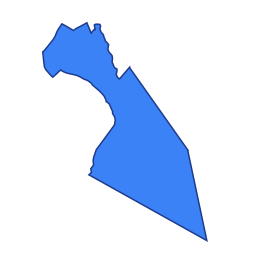 outline of New Development, Soufrière, Saint Lucia, rotated 100°
{"feature_id": "8701671B90589302469982", "entity_name": "New Development", "entity_type": "district", "adm_level": 2, "iso_a3": "LCA", "parent_name": "Saint Lucia", "parent_adm1": "Soufrière", "projection": "natural_earth1", "projection_center": [-61.052, 13.862], "detail": "fine", "context": "isolated", "style": "filled", "palette": "blue", "viewbox_px": 256, "rotation_deg": 100, "n_neighbors": 0, "source": "geoboundaries", "source_scale": "gbopen_adm2", "svg_char_len": 1577}
<svg xmlns="http://www.w3.org/2000/svg" viewBox="0 0 256 256"><g transform="rotate(100 128 128)"><path d="M139.7,64.9L68.8,136.4L67.7,136.9L81.2,144.9L79.8,147.3L77.5,148.8L75.6,148.8L72.9,148.8L71.6,149.4L71.4,150.8L70.5,152.1L68.5,153.4L65.7,155.1L61.9,155.4L61.0,155.7L59.3,156.4L57.2,159.0L56.5,159.9L55.7,160.4L54.1,161.5L50.1,161.6L49.1,161.6L48.1,162.9L45.9,165.6L44.8,166.0L44.4,166.2L43.0,167.3L40.5,168.4L38.6,170.8L37.6,171.6L35.3,172.9L34.0,172.8L32.5,172.7L32.0,172.9L31.6,173.0L30.8,174.0L31.1,176.1L31.2,177.5L32.2,179.0L32.5,179.0L33.7,178.6L34.5,178.3L36.8,177.5L36.7,178.3L37.6,178.9L41.0,180.8L38.3,182.4L36.2,183.8L35.7,184.1L32.8,186.0L31.5,186.8L33.5,189.2L35.7,192.0L39.1,196.5L40.3,197.6L41.1,198.4L41.4,198.7L39.1,204.8L38.5,206.5L36.9,211.1L37.0,211.2L37.6,211.5L39.9,212.5L42.8,213.8L45.6,214.7L46.0,214.8L48.7,215.4L49.7,215.5L53.5,216.9L60.2,220.5L66.4,224.0L66.9,224.4L67.9,225.2L68.2,225.1L76.9,222.6L81.9,221.1L84.2,219.5L84.5,219.4L87.4,215.9L87.6,215.7L89.4,213.4L90.1,212.5L91.0,210.9L87.1,207.8L85.3,206.5L84.5,205.9L82.4,204.2L83.5,202.4L84.5,198.2L84.8,192.2L84.9,189.8L85.1,188.0L85.3,186.7L85.8,184.5L87.4,180.2L87.8,178.4L87.9,177.6L88.0,176.9L89.1,174.2L90.1,172.2L91.8,170.5L95.7,163.9L98.5,159.8L101.0,156.8L105.1,154.1L105.9,154.1L106.1,153.1L107.5,150.7L114.4,146.1L116.4,145.7L119.0,143.4L122.4,141.9L126.6,141.9L127.4,141.9L143.9,150.0L154.9,155.5L156.9,155.8L162.7,156.7L165.9,156.7L170.6,155.5L174.5,157.6L178.1,156.3L180.9,158.4L225.2,30.8L140.1,65.1L139.7,64.9Z" fill="#3b82f6" stroke="#1e3a8a" stroke-width="1.5"/></g></svg>